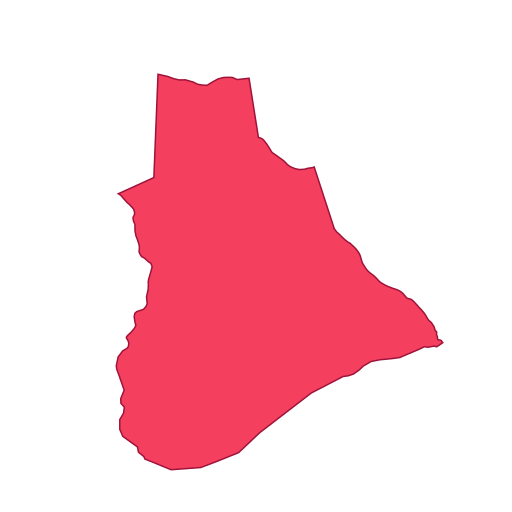 outline of Pierrot, Vieux Fort, Saint Lucia, rotated 349°
{"feature_id": "8701671B71571062507422", "entity_name": "Pierrot", "entity_type": "district", "adm_level": 2, "iso_a3": "LCA", "parent_name": "Saint Lucia", "parent_adm1": "Vieux Fort", "projection": "albers", "projection_center": [-60.942, 13.77], "detail": "fine", "context": "isolated", "style": "filled", "palette": "rose", "viewbox_px": 512, "rotation_deg": 349, "n_neighbors": 0, "source": "geoboundaries", "source_scale": "gbopen_adm2", "svg_char_len": 3599}
<svg xmlns="http://www.w3.org/2000/svg" viewBox="0 0 512 512"><g transform="rotate(349 256 256)"><path d="M194.5,58.9L170.7,159.5L132.7,168.6L133.5,169.3L134.9,170.7L137.8,175.8L139.8,179.1L141.5,181.2L144.8,186.5L145.1,189.7L144.8,191.8L142.6,194.7L142.4,196.8L142.4,198.2L143.2,202.1L142.6,204.7L142.0,208.4L142.0,213.3L142.7,217.2L143.4,222.8L143.1,225.8L142.0,229.5L142.6,232.3L143.6,234.8L146.0,236.7L149.7,241.6L151.4,243.1L152.0,246.7L149.7,251.5L146.2,258.3L145.2,260.9L145.0,263.0L143.8,268.1L140.7,275.3L140.1,282.0L138.4,284.6L135.3,286.9L128.3,287.8L126.1,289.2L124.8,292.4L124.6,297.9L124.8,301.3L122.8,303.8L118.9,307.0L115.4,309.1L113.5,310.6L113.1,311.7L114.3,314.9L114.5,317.6L113.1,321.0L111.5,322.1L106.9,323.8L101.4,328.8L97.9,337.1L97.7,340.5L99.1,349.2L99.1,349.6L100.2,357.0L101.0,362.5L96.0,370.2L95.3,374.9L97.9,379.2L96.0,385.0L91.1,390.5L89.2,400.2L90.8,407.6L103.2,420.8L103.2,426.2L107.8,431.7L108.1,434.0L131.9,449.6L161.4,453.1L179.2,450.0L201.4,445.7L226.0,430.1L284.2,401.0L318.5,390.9L323.5,391.2L329.1,390.5L335.9,387.4L340.1,384.6L348.8,381.5L357.8,381.5L370.3,382.7L377.9,383.1L383.1,381.9L392.2,380.0L397.9,378.8L403.9,377.2L407.7,378.4L413.7,378.4L416.0,379.6L419.0,378.4L422.8,376.7L422.4,376.1L422.2,375.5L421.9,374.7L421.5,374.1L420.6,373.6L419.8,373.3L418.9,373.0L418.5,372.4L418.4,371.7L418.5,371.3L418.6,370.6L418.6,369.5L418.4,368.5L418.3,367.9L418.3,367.0L418.6,366.0L418.8,365.5L418.8,364.9L418.5,364.4L417.8,363.4L417.6,362.7L417.5,361.6L417.5,361.1L417.4,360.1L417.2,359.0L416.9,358.4L416.3,357.0L415.7,355.4L415.3,354.6L414.3,353.3L413.7,352.7L413.2,351.9L412.4,350.1L411.8,348.2L411.2,346.5L410.6,345.0L409.6,343.0L408.9,341.9L408.4,340.8L407.3,339.1L406.7,338.2L406.1,337.4L405.3,335.9L404.5,334.5L404.0,333.7L403.1,332.3L402.2,330.8L401.6,330.0L400.7,328.9L399.8,328.0L398.8,327.5L397.4,326.9L396.1,326.1L395.2,324.6L394.7,323.7L394.1,322.7L393.3,321.1L392.6,320.2L392.2,319.8L391.5,318.8L390.7,318.1L390.1,317.6L389.4,317.0L388.2,316.1L387.0,315.4L385.3,314.5L383.9,313.7L382.5,312.8L381.4,312.1L380.4,311.5L379.2,310.7L377.9,309.7L376.9,309.0L375.9,308.1L374.8,307.2L373.7,306.1L372.8,305.2L372.2,304.4L371.8,303.8L371.0,302.5L370.5,301.7L369.9,300.7L369.4,300.0L368.5,298.7L368.1,298.2L367.3,297.2L366.6,296.4L365.4,295.1L364.7,294.3L363.5,292.8L362.9,291.9L362.3,290.8L361.8,290.0L361.4,289.0L361.0,288.0L360.7,287.3L360.0,285.5L359.7,284.7L359.4,284.0L359.1,282.8L358.9,282.1L358.8,280.6L358.7,279.5L358.6,278.7L358.5,277.2L358.5,276.6L358.3,275.5L358.0,274.0L357.8,273.3L357.6,272.7L357.1,271.5L356.3,269.7L355.9,269.1L355.3,267.8L354.7,267.0L354.1,266.0L353.2,264.7L352.5,263.8L351.6,262.6L350.7,261.3L348.8,259.8L348.0,258.8L347.2,257.9L346.5,257.1L345.7,256.0L344.7,254.6L343.7,253.2L342.4,251.2L341.1,249.4L340.2,248.4L339.5,247.2L338.8,245.7L337.9,243.8L337.5,242.4L337.9,242.9L330.1,179.7L329.2,179.9L327.5,180.0L325.9,179.9L323.9,179.8L322.5,179.8L320.5,180.1L318.9,179.9L316.9,179.7L315.3,179.4L314.0,179.0L312.9,178.5L311.4,177.9L310.6,177.4L309.4,176.7L308.7,176.2L307.7,175.5L306.6,174.7L305.6,173.7L304.2,172.1L303.4,170.8L302.5,169.5L301.5,168.0L300.7,167.1L299.1,165.3L297.5,163.7L295.6,161.6L294.3,160.3L292.7,158.7L291.5,157.4L290.5,154.8L290.1,153.7L289.2,151.2L288.5,149.8L288.1,148.5L286.7,145.8L286.0,144.4L285.4,143.4L284.9,142.7L283.9,141.7L283.1,141.2L281.9,140.5L281.0,140.1L283.1,80.2L271.2,79.2L266.8,76.2L263.9,75.5L258.6,74.6L252.7,74.9L246.9,76.7L240.5,79.1L235.4,77.8L231.4,76.2L227.6,73.3L220.3,69.6L214.2,68.5L209.6,66.5L203.2,62.7L194.5,58.9Z" fill="#f43f5e" stroke="#9f1239" stroke-width="1.5"/></g></svg>